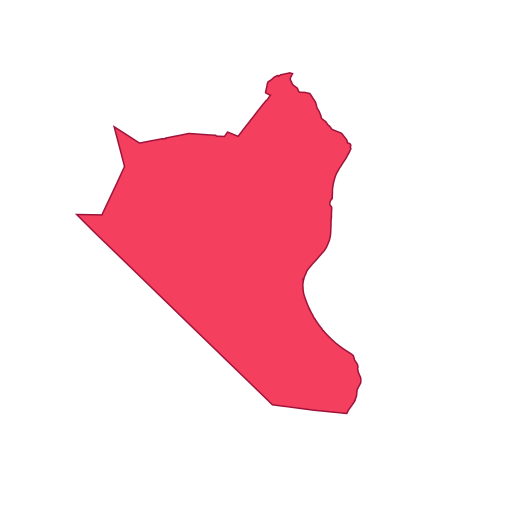 Nederweert, Limburg, Netherlands (orthographic projection), rotated 241°
{"feature_id": "6326949B42914806885900", "entity_name": "Nederweert", "entity_type": "district", "adm_level": 2, "iso_a3": "NLD", "parent_name": "Netherlands", "parent_adm1": "Limburg", "projection": "orthographic", "projection_center": [5.78, 51.292], "detail": "fine", "context": "isolated", "style": "filled", "palette": "rose", "viewbox_px": 512, "rotation_deg": 241, "n_neighbors": 0, "source": "geoboundaries", "source_scale": "gbopen_adm2", "svg_char_len": 5587}
<svg xmlns="http://www.w3.org/2000/svg" viewBox="0 0 512 512"><g transform="rotate(241 256 256)"><path d="M304.6,141.6L229.7,164.3L226.4,165.3L214.9,168.8L211.7,169.8L199.1,173.6L192.9,175.5L188.0,177.0L183.6,178.3L167.2,183.3L129.8,194.7L123.5,196.6L117.9,198.2L116.7,199.9L115.1,202.0L93.1,231.8L74.2,259.1L74.8,259.8L75.4,260.7L76.0,261.6L76.6,262.6L80.1,269.9L80.6,270.9L81.2,271.9L81.6,272.5L81.8,272.3L82.0,272.7L82.7,273.6L83.4,274.5L84.2,275.3L85.0,276.1L85.9,276.8L86.8,277.4L87.7,278.0L88.4,278.3L88.4,278.5L88.7,278.6L89.6,279.3L90.2,280.0L91.5,281.8L92.1,282.7L93.3,284.6L93.9,285.5L94.3,286.1L97.4,288.0L98.4,288.4L99.4,288.6L100.4,288.7L102.7,288.9L103.8,289.0L105.0,289.2L106.1,289.6L107.3,290.0L108.4,290.3L108.8,290.5L109.0,290.8L109.0,291.0L109.9,291.5L110.8,291.8L111.2,292.0L112.1,292.1L113.1,292.1L114.2,292.0L115.3,291.9L116.5,291.8L117.1,291.8L117.7,291.9L119.1,292.3L119.4,292.3L121.6,292.8L122.6,292.5L123.6,292.1L124.6,291.6L125.6,291.1L128.5,289.5L129.5,288.9L132.5,287.4L134.0,286.6L136.5,285.5L137.6,285.0L140.2,283.9L141.6,283.3L143.8,282.6L147.0,281.5L149.2,280.9L151.3,280.3L152.7,279.9L154.6,279.4L158.2,278.7L158.3,278.6L158.3,278.4L159.8,278.2L159.9,278.4L161.8,278.1L163.0,277.9L165.1,277.6L168.0,277.3L170.1,277.1L172.7,277.0L173.1,276.6L173.4,276.8L175.1,276.7L175.4,276.9L176.8,276.9L178.9,276.9L182.0,277.0L182.1,276.8L183.5,276.9L183.4,277.1L186.9,277.3L190.2,277.7L193.5,278.2L195.7,278.6L198.0,279.0L199.0,279.2L200.1,279.5L201.2,279.9L202.3,280.3L203.4,280.7L204.4,281.2L205.4,281.7L208.5,283.2L209.4,283.9L210.3,284.6L211.2,285.3L212.0,286.0L212.5,285.5L212.6,285.4L213.1,285.8L212.6,286.6L214.3,288.2L215.2,289.3L215.4,289.6L215.9,290.3L216.0,290.6L217.5,292.3L218.2,293.2L218.5,293.8L219.5,295.9L220.5,298.5L221.7,301.6L222.4,303.7L223.1,305.9L223.6,307.5L224.2,308.9L224.3,309.3L224.6,310.0L226.8,316.2L227.1,317.1L227.4,317.8L227.8,318.8L228.3,319.6L229.3,321.6L230.4,323.0L231.2,324.1L232.5,325.7L233.1,326.4L233.2,326.7L234.5,328.1L235.0,328.5L236.0,329.5L237.4,330.7L238.4,331.4L239.4,332.1L241.3,333.3L247.0,336.8L247.9,337.3L249.7,338.2L250.3,338.7L253.5,340.7L253.4,340.8L257.6,343.2L259.8,344.6L260.2,344.8L260.4,345.0L260.8,345.3L261.1,345.4L262.1,345.9L262.6,345.8L265.0,345.4L267.2,346.7L269.5,349.9L269.1,350.0L269.4,350.5L269.8,350.8L270.1,351.0L272.5,352.4L273.5,353.1L277.0,355.1L279.1,356.6L279.9,357.2L281.2,358.2L283.0,359.8L283.9,360.7L284.6,361.3L285.7,362.5L286.6,363.3L287.9,364.8L289.4,366.8L290.9,369.2L292.2,371.4L292.9,372.7L293.4,373.7L295.0,376.6L295.2,377.0L295.9,378.3L297.3,381.1L297.9,382.2L298.4,382.9L300.5,386.2L300.6,386.5L300.8,386.4L301.3,387.5L302.2,388.8L302.8,389.6L303.8,390.9L304.1,391.2L304.5,391.1L304.9,391.1L305.2,391.1L305.5,391.3L306.1,392.0L306.4,392.2L306.7,392.5L307.0,392.6L307.3,392.7L307.7,392.7L308.0,392.7L308.5,392.6L308.9,392.4L309.6,391.7L309.7,391.8L310.8,390.8L311.9,391.3L312.2,391.4L312.7,391.5L313.3,391.6L313.5,391.6L314.4,391.5L321.5,390.4L322.3,390.0L323.4,389.1L329.3,384.3L329.4,384.2L329.8,383.9L330.4,383.8L331.7,383.6L333.9,383.3L333.9,383.2L334.0,383.1L334.3,383.1L334.8,382.9L335.2,382.7L335.3,382.6L335.7,382.5L339.8,382.1L340.0,382.0L341.0,381.5L344.1,380.2L344.5,380.1L344.9,380.1L345.4,380.1L346.8,380.7L347.2,380.7L347.6,380.7L348.1,380.9L349.9,381.1L352.2,381.3L352.8,381.3L355.3,381.2L355.7,381.2L356.1,381.2L357.5,381.6L360.9,382.5L361.3,382.6L361.7,382.6L362.1,382.6L367.3,382.2L367.7,382.2L369.4,382.1L370.9,382.0L371.6,381.9L372.0,381.8L372.3,381.6L372.4,381.4L372.6,381.3L373.1,380.6L375.4,378.0L375.7,377.6L376.0,377.0L376.3,376.5L376.5,376.2L377.2,375.0L377.7,374.2L377.9,373.8L378.1,373.7L378.4,373.4L378.7,373.2L379.0,373.2L379.3,373.1L379.9,373.2L381.5,373.4L382.0,373.4L382.6,373.4L382.9,373.4L383.2,373.3L383.5,373.2L386.7,371.7L387.5,371.4L387.9,371.2L388.0,371.2L388.3,371.2L388.7,371.2L393.0,371.5L393.8,371.7L394.1,371.7L394.2,371.8L394.5,372.0L394.9,372.2L395.2,372.6L395.6,373.1L397.8,376.4L400.1,373.9L400.0,373.5L400.1,373.2L400.2,372.8L400.5,371.9L401.0,370.4L401.0,370.2L401.6,368.3L401.7,368.0L402.1,366.7L402.5,365.7L402.5,365.4L402.5,365.0L402.5,364.7L402.3,363.8L402.1,363.1L402.1,362.9L403.3,362.7L403.4,362.0L403.3,361.9L403.4,361.6L403.5,361.2L403.6,360.4L403.5,359.8L403.6,358.9L403.6,358.4L402.8,355.3L402.8,355.1L402.7,355.1L402.6,354.6L402.6,353.8L402.6,352.6L402.5,351.8L402.5,351.1L402.2,350.7L401.9,350.3L401.3,349.6L401.1,349.4L399.8,348.3L399.5,348.1L398.9,347.6L396.4,345.3L395.8,344.8L394.9,344.0L394.6,343.8L394.5,343.7L394.3,343.7L394.0,343.6L393.8,343.7L393.6,343.8L390.1,346.1L389.9,346.1L389.6,346.5L389.0,345.2L388.1,343.4L387.2,341.5L387.1,341.3L387.0,340.9L386.9,340.2L386.7,339.6L386.8,339.6L386.2,338.2L386.0,337.7L385.5,336.2L383.9,332.4L382.6,329.2L380.4,324.1L379.1,321.2L378.6,320.1L377.3,316.7L377.2,316.7L376.3,314.6L375.5,312.7L375.0,311.4L374.2,309.4L374.2,309.5L373.7,308.4L373.0,306.7L372.9,306.5L371.0,302.2L370.9,301.9L369.4,298.6L369.6,298.5L369.5,298.2L369.9,297.9L378.2,291.2L376.0,286.8L375.8,286.4L380.0,279.5L381.1,279.3L382.8,276.6L385.3,272.6L385.5,272.4L387.4,269.5L387.4,269.4L387.5,269.3L395.6,256.9L395.7,256.7L397.7,250.4L397.8,250.1L398.4,248.1L399.3,245.3L400.1,243.1L402.8,234.5L403.0,234.0L402.5,233.9L403.5,231.2L403.8,231.3L404.0,231.0L406.7,222.6L406.9,222.2L411.2,208.9L411.5,208.8L412.8,208.0L425.4,201.3L437.8,194.6L408.8,187.2L403.8,185.9L400.2,185.0L400.0,184.9L397.9,184.3L386.2,168.3L381.6,161.9L376.0,154.1L375.7,153.7L373.0,149.9L368.5,143.7L366.6,141.2L376.7,123.7L379.2,119.3L354.1,126.5L304.6,141.6Z" fill="#f43f5e" stroke="#9f1239" stroke-width="1.5"/></g></svg>